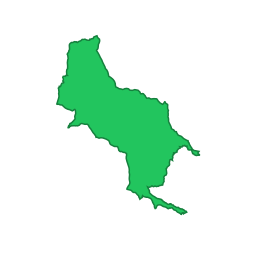 the district of Suratá, Santander, Colombia, rotated 342°
{"feature_id": "7082276B18867308996303", "entity_name": "Suratá", "entity_type": "district", "adm_level": 2, "iso_a3": "COL", "parent_name": "Colombia", "parent_adm1": "Santander", "projection": "natural_earth1", "projection_center": [-72.981, 7.457], "detail": "fine", "context": "isolated", "style": "filled", "palette": "green", "viewbox_px": 256, "rotation_deg": 342, "n_neighbors": 0, "source": "geoboundaries", "source_scale": "gbopen_adm2", "svg_char_len": 5887}
<svg xmlns="http://www.w3.org/2000/svg" viewBox="0 0 256 256"><g transform="rotate(342 128 128)"><path d="M187.0,175.8L187.5,175.9L187.7,175.5L187.6,175.1L186.9,174.6L186.8,173.8L187.1,172.8L187.9,172.5L188.3,172.2L183.7,169.7L182.7,168.1L182.5,167.4L182.4,166.5L182.0,165.4L181.4,162.6L181.4,160.9L181.0,159.9L181.2,158.8L181.1,158.5L180.4,158.2L177.7,155.3L176.6,153.2L175.9,152.2L173.6,150.4L173.0,148.4L172.8,147.4L172.9,146.6L172.8,146.4L171.6,145.9L171.2,145.3L171.0,144.1L169.2,142.2L169.1,141.8L169.3,140.9L169.2,139.2L168.6,134.9L168.7,134.0L169.3,132.1L169.5,130.8L169.4,130.1L169.5,129.5L170.1,128.5L170.8,126.3L170.9,125.4L171.2,124.7L171.8,124.0L171.7,121.8L172.5,119.2L172.9,118.5L172.9,117.8L172.7,117.5L171.5,116.2L171.4,114.7L171.0,114.4L169.5,115.6L168.3,116.2L166.3,114.2L165.0,111.5L164.6,109.8L164.3,109.2L163.8,108.9L161.4,108.0L159.2,107.6L158.3,107.1L157.2,105.9L155.0,105.5L154.5,104.0L154.3,102.7L153.2,100.2L152.4,99.7L151.3,99.6L150.6,99.3L150.5,98.9L150.4,97.3L149.2,95.2L146.3,93.6L143.8,93.6L141.9,92.8L141.2,92.3L140.7,91.0L139.1,90.0L137.1,89.6L135.7,89.8L134.5,89.6L133.7,88.9L132.0,88.0L131.4,87.6L130.6,86.5L129.4,85.5L129.1,85.2L129.2,83.4L129.6,81.9L129.5,79.2L129.2,78.6L129.0,77.7L128.4,76.5L127.0,74.3L125.9,73.2L125.7,72.9L126.1,68.7L125.7,66.1L124.8,64.4L125.0,63.0L124.2,57.6L124.1,55.4L123.4,51.9L123.2,50.0L122.7,47.3L122.0,44.7L122.3,44.1L123.3,43.7L124.1,42.9L125.0,41.0L125.7,39.3L127.0,38.0L128.0,36.4L128.3,34.7L127.5,33.5L127.0,32.0L127.0,30.7L125.8,30.7L123.6,30.9L122.5,32.2L121.4,31.9L120.0,32.0L119.2,31.7L118.6,32.7L117.6,32.4L116.6,31.9L116.3,31.9L114.5,30.2L113.2,30.1L111.8,29.6L110.1,30.4L109.2,30.5L108.4,30.4L107.3,30.8L106.7,30.8L106.3,30.7L105.8,30.2L105.5,30.1L105.5,30.4L105.4,30.3L103.9,29.4L103.1,29.4L102.1,29.7L100.6,29.2L99.1,29.7L98.3,30.3L98.0,30.7L97.7,31.4L96.8,34.8L96.5,35.4L95.5,36.4L95.2,37.3L94.7,37.5L94.3,38.0L93.6,38.3L93.0,39.1L93.1,39.3L93.1,40.6L92.7,42.6L92.6,43.4L91.7,44.6L90.5,47.2L89.7,50.6L89.3,51.6L88.9,52.9L88.2,53.3L87.8,53.7L87.0,55.3L86.3,58.1L86.3,58.8L86.5,59.2L85.3,58.8L84.3,59.5L83.7,59.1L82.3,58.9L81.6,59.7L81.7,61.0L81.4,62.3L80.8,63.0L80.5,63.1L80.5,63.4L81.1,64.5L80.8,65.0L78.8,65.1L77.9,66.0L77.0,67.3L76.1,67.7L75.9,67.2L75.5,67.1L75.0,68.2L74.2,68.4L74.0,68.8L74.0,70.1L73.6,71.3L73.6,72.2L73.3,72.8L72.7,73.7L72.5,75.1L72.1,76.7L71.3,78.1L67.7,83.2L68.0,83.6L69.3,83.9L70.6,85.0L72.3,85.7L74.4,89.4L75.3,90.4L76.5,91.5L78.4,92.7L80.3,94.5L81.3,94.4L82.4,93.9L82.9,93.8L83.3,94.0L83.4,94.8L83.2,96.1L82.7,98.1L82.4,98.6L81.9,99.1L81.8,99.4L81.2,100.1L80.9,100.7L80.6,102.5L80.4,103.0L78.8,104.1L75.8,105.7L74.2,105.8L73.4,106.9L72.2,107.6L72.2,107.8L72.3,108.1L72.2,108.4L71.5,108.5L71.2,108.8L71.2,109.3L72.2,109.4L73.0,108.7L74.4,108.6L75.0,108.2L75.9,108.8L77.7,109.2L78.6,109.7L79.4,109.8L80.8,110.4L82.8,110.2L83.9,109.4L85.4,109.4L87.9,111.0L88.9,111.4L90.3,111.7L90.6,112.3L91.3,113.1L91.3,114.5L91.7,116.0L92.3,117.4L93.4,121.8L93.9,122.8L94.8,125.6L94.7,127.0L95.6,127.2L97.3,128.7L99.3,128.9L101.2,129.8L104.0,132.0L105.7,133.9L106.0,135.1L106.0,137.0L106.2,138.0L106.4,138.4L109.3,141.3L112.2,142.4L112.4,142.8L112.5,145.1L112.3,146.2L112.9,147.6L113.4,148.1L114.5,148.3L116.1,149.8L117.3,150.2L118.7,151.8L118.5,152.1L118.4,153.0L118.0,154.0L117.5,154.7L116.9,156.5L116.7,159.2L116.7,166.2L116.2,168.6L115.5,170.2L115.1,172.8L113.7,176.1L113.3,177.5L113.0,180.0L112.8,180.8L111.8,182.3L110.8,182.9L108.9,184.6L108.2,185.5L108.1,186.0L111.4,188.0L112.1,188.9L112.5,190.0L113.2,190.9L115.0,191.6L115.3,192.0L116.3,194.4L117.1,195.7L117.0,197.0L117.2,198.2L117.3,199.4L118.6,198.8L120.0,198.5L120.5,197.3L121.0,196.8L121.5,197.9L124.0,199.5L125.3,199.9L127.6,201.9L128.0,202.5L128.5,204.5L128.5,206.4L129.2,209.9L128.7,211.2L128.9,213.0L129.3,213.1L129.8,212.9L131.3,211.2L131.9,210.8L132.5,210.6L133.5,210.6L134.9,211.1L135.5,211.5L137.2,213.5L139.6,215.0L139.9,215.5L140.3,215.8L140.7,216.6L141.3,217.2L143.1,217.0L143.8,217.4L145.1,217.4L145.4,217.6L146.1,219.5L146.5,220.2L148.1,221.2L148.3,221.8L149.0,223.2L151.1,225.2L151.4,225.7L151.7,226.4L152.1,226.6L152.3,226.2L152.9,225.9L153.1,225.6L153.5,225.7L153.8,225.5L154.3,225.7L154.1,226.4L154.2,226.8L155.0,226.5L155.7,226.6L156.2,226.3L157.8,226.3L157.7,225.3L157.0,224.7L156.3,224.5L155.8,223.0L154.9,222.4L154.5,221.7L154.0,221.5L153.3,221.4L153.0,221.0L152.2,220.5L151.3,219.0L149.6,218.6L148.7,217.4L147.8,216.7L147.4,215.9L147.3,215.3L146.3,215.0L145.7,213.7L144.9,213.1L144.4,213.0L144.1,213.5L142.2,212.8L140.8,210.7L140.2,210.6L139.7,209.5L138.7,209.0L138.7,208.0L138.3,207.2L137.8,207.0L137.7,206.4L137.3,206.1L137.2,205.8L136.5,205.6L135.5,204.8L134.1,204.2L132.9,202.8L132.1,201.7L130.5,200.0L129.6,198.5L128.6,196.7L128.5,195.6L128.9,194.8L128.9,194.5L128.8,193.0L128.4,191.2L128.4,190.1L129.0,190.8L129.9,190.9L131.8,190.9L132.3,190.5L133.0,190.5L133.9,191.6L134.8,191.7L135.7,191.5L136.9,192.5L137.9,192.5L138.7,192.8L139.3,192.8L140.0,192.4L141.7,192.8L142.7,192.5L143.3,193.0L143.4,192.9L144.2,191.4L145.8,189.9L146.1,188.1L146.5,187.8L146.8,187.1L146.8,186.7L146.7,186.3L146.9,185.7L148.2,184.6L149.5,184.6L149.8,184.4L150.7,183.3L151.0,182.3L151.7,178.5L152.2,178.4L153.2,177.3L155.8,176.2L156.4,175.3L156.6,173.8L158.0,171.3L158.5,171.1L159.2,171.2L160.3,172.5L160.4,171.3L160.8,170.9L161.5,170.0L161.5,168.9L162.1,168.4L162.3,167.6L163.3,167.4L163.5,166.2L163.9,165.1L164.1,166.4L164.3,166.5L165.0,166.2L165.9,166.2L166.3,165.9L167.2,166.0L167.3,165.8L167.5,164.8L169.4,163.5L170.0,163.3L171.3,163.3L171.7,162.4L171.5,161.8L172.4,162.2L173.4,162.8L174.2,162.0L174.8,161.7L175.5,162.4L176.0,162.4L176.6,162.1L177.3,163.3L178.5,163.5L178.1,164.6L178.6,166.2L178.4,167.0L178.7,167.4L179.4,167.8L180.7,168.2L181.4,168.1L181.6,168.9L181.6,172.0L181.7,172.5L182.4,172.7L182.7,173.8L184.2,175.1L184.9,175.4L186.0,175.4L187.0,175.8Z" fill="#22c55e" stroke="#15803d" stroke-width="1.5"/></g></svg>